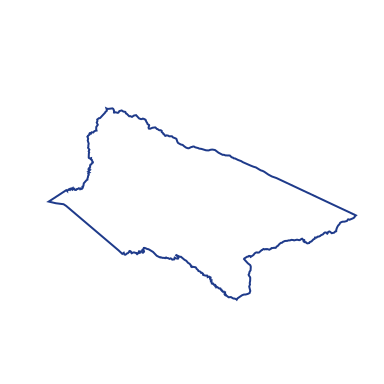 Mutatá, Antioquia, Colombia, rotated 328°
{"feature_id": "7082276B10402397965480", "entity_name": "Mutatá", "entity_type": "district", "adm_level": 2, "iso_a3": "COL", "parent_name": "Colombia", "parent_adm1": "Antioquia", "projection": "mercator", "projection_center": [-76.456, 7.344], "detail": "fine", "context": "isolated", "style": "outline", "palette": "blue", "viewbox_px": 384, "rotation_deg": 328, "n_neighbors": 0, "source": "geoboundaries", "source_scale": "gbopen_adm2", "svg_char_len": 6055}
<svg xmlns="http://www.w3.org/2000/svg" viewBox="0 0 384 384"><g transform="rotate(328 192 192)"><path d="M86.3,123.8L65.4,124.2L70.6,129.4L76.6,134.3L77.9,137.1L98.8,202.6L100.1,207.5L101.9,207.4L101.6,208.5L101.6,209.2L102.1,209.8L103.0,209.9L103.9,209.6L105.2,209.9L106.2,209.6L106.9,209.6L107.4,209.0L107.9,209.0L108.3,209.4L108.6,210.2L108.3,211.5L108.4,212.0L110.0,212.1L111.3,212.9L111.6,213.5L112.8,214.5L112.4,215.2L112.5,215.6L113.8,215.4L115.7,215.9L115.8,215.7L115.3,215.3L115.2,214.6L115.3,214.4L115.7,214.2L116.5,215.2L117.8,215.4L117.8,217.0L118.2,217.5L119.7,217.2L120.1,216.0L119.6,215.2L119.6,214.7L120.6,214.7L121.5,213.9L121.8,214.0L122.7,214.9L123.8,216.6L124.8,217.5L125.5,218.8L127.2,222.2L128.3,227.4L130.0,230.2L130.7,230.9L130.9,230.8L132.2,232.3L133.4,233.0L134.2,233.9L135.3,233.8L135.7,234.7L136.6,235.3L137.5,236.8L138.8,237.0L139.3,238.2L139.4,238.9L141.2,239.7L142.5,238.5L143.3,239.8L144.6,241.0L145.0,241.1L145.7,240.4L145.8,239.7L145.6,238.7L145.1,237.6L145.0,237.3L145.3,237.2L147.3,240.4L148.3,241.1L149.7,245.5L150.7,247.3L151.1,250.0L152.0,251.7L152.0,252.7L152.2,253.4L152.3,254.5L151.8,254.7L151.8,255.2L152.2,255.7L153.1,255.9L155.1,257.7L155.3,258.2L155.2,259.6L155.7,261.3L155.6,262.4L156.6,263.6L157.0,264.8L156.9,265.5L157.6,265.8L158.0,267.0L158.0,267.6L157.5,268.0L157.5,268.3L159.3,270.2L160.5,270.8L160.6,271.5L160.2,272.5L161.7,272.9L162.5,274.3L162.4,274.5L161.5,274.8L161.3,275.2L161.6,275.8L161.2,276.6L161.8,277.2L160.6,278.0L161.0,278.7L160.3,280.1L160.7,280.7L161.4,280.9L161.5,282.5L162.4,283.0L162.5,284.4L161.9,284.6L162.4,285.3L162.1,285.7L163.2,286.2L163.7,287.9L164.9,288.8L164.7,289.5L165.2,290.3L164.8,290.8L165.2,291.5L165.0,291.8L165.4,293.1L166.2,293.3L166.3,294.2L166.9,294.6L166.5,295.2L166.1,295.0L165.4,296.0L165.5,296.4L166.1,296.9L165.6,297.3L165.7,297.5L166.3,298.1L167.3,300.7L169.3,301.7L170.6,304.2L171.6,304.9L172.8,306.5L172.9,307.0L174.3,306.3L179.9,306.1L181.7,306.5L183.0,307.3L185.3,308.0L187.3,308.2L189.0,306.8L190.4,302.5L192.2,301.1L192.7,299.8L194.2,298.2L195.8,295.8L196.1,295.1L196.0,292.8L196.2,292.1L197.3,291.5L198.3,290.3L200.2,289.4L202.2,286.6L202.5,285.7L202.6,284.8L201.6,282.1L200.8,277.8L200.6,276.4L201.1,276.1L204.5,276.1L205.3,276.5L206.4,276.4L207.3,277.0L207.3,278.1L210.7,278.0L212.5,277.3L213.9,277.2L215.1,277.6L215.5,278.2L216.7,278.8L220.4,278.2L220.9,278.4L221.7,278.2L222.6,278.3L223.2,279.2L224.6,279.6L224.9,280.1L225.6,280.3L227.0,281.9L228.9,282.0L229.7,281.7L230.9,282.4L232.2,282.8L232.7,283.4L233.5,283.7L234.9,283.1L236.1,283.2L238.4,282.5L239.8,282.3L240.6,282.3L240.8,282.5L241.5,282.7L242.9,282.5L244.9,282.8L246.9,283.9L248.2,284.2L249.3,284.9L251.0,285.3L252.4,286.4L252.9,287.1L255.8,288.1L257.3,289.6L257.8,289.9L260.2,289.8L260.6,290.0L260.5,290.4L261.1,291.4L260.7,292.4L261.6,292.5L261.3,293.3L260.8,293.5L260.7,293.9L261.2,294.5L261.9,294.8L262.2,296.1L262.6,296.7L264.4,297.4L265.2,296.9L267.2,297.2L269.9,296.5L271.1,296.7L272.2,295.8L273.4,296.7L274.8,296.4L275.9,297.0L277.4,297.2L278.4,297.0L280.7,297.3L282.2,296.8L283.4,296.8L284.2,297.4L284.6,299.0L285.1,298.9L285.8,298.3L286.3,298.1L287.5,298.2L287.9,298.7L288.7,301.0L291.0,301.8L292.4,301.4L293.0,301.7L293.6,301.6L294.1,300.7L294.6,300.4L295.1,299.8L297.0,298.5L298.4,297.8L299.7,297.6L301.2,296.7L301.8,296.6L303.8,296.9L305.5,297.9L307.8,298.6L308.3,298.6L309.7,297.9L310.2,298.1L310.9,299.0L314.4,299.6L316.1,299.6L317.4,298.9L318.6,298.7L271.0,224.9L268.0,221.2L266.0,217.7L264.0,213.1L262.9,211.3L262.1,210.5L261.2,209.0L259.2,205.0L257.5,203.1L255.8,200.8L250.9,193.6L250.1,191.9L248.0,189.2L246.3,186.4L245.2,185.5L244.9,184.5L244.0,183.5L243.4,181.1L239.8,178.7L238.8,177.4L237.6,176.6L235.3,172.7L233.8,168.7L232.9,167.8L231.6,166.7L229.8,165.9L228.2,165.6L226.0,164.1L222.8,160.4L221.1,159.0L220.5,158.0L218.4,155.8L217.7,154.4L216.7,153.9L215.9,153.8L215.3,153.5L212.4,153.2L211.5,152.5L210.5,151.2L209.6,149.1L209.0,147.1L207.7,145.8L206.2,143.1L206.2,141.6L206.9,138.8L206.6,138.0L204.8,135.6L204.5,134.1L202.2,132.7L201.6,131.5L200.8,130.8L200.5,130.5L199.3,130.4L198.9,129.9L199.0,128.4L198.5,127.9L198.6,126.7L198.1,125.1L198.7,124.1L198.2,123.0L197.3,122.6L196.8,122.0L196.1,120.3L195.6,119.9L195.2,117.9L194.8,117.6L192.6,116.6L189.9,116.1L189.0,115.3L189.3,114.3L191.0,112.8L191.1,112.5L190.3,110.9L190.6,109.4L190.5,108.1L190.9,106.4L190.8,105.8L190.2,105.3L190.1,104.7L189.2,103.7L188.1,103.6L187.2,103.0L186.1,101.5L185.3,97.2L183.3,96.4L180.9,96.5L179.9,95.0L178.9,94.5L178.1,91.1L177.6,90.3L177.9,89.0L177.8,88.6L176.4,87.4L175.6,85.6L173.3,84.9L171.9,85.6L171.1,85.6L169.3,83.8L168.0,83.4L168.0,83.1L168.8,82.1L169.2,80.5L169.2,79.6L168.8,78.9L165.1,77.2L164.0,76.3L163.7,75.8L163.2,77.5L162.5,78.1L161.2,78.1L160.6,78.6L153.5,80.5L152.9,80.5L152.2,80.1L150.0,80.3L149.4,81.7L148.0,82.6L147.7,85.1L145.3,86.1L144.0,88.0L143.6,89.3L142.6,88.9L141.4,88.7L139.8,89.2L138.6,88.2L138.1,88.3L137.2,89.0L137.0,88.9L137.0,88.1L136.5,87.9L135.9,88.2L135.4,89.0L133.5,89.2L133.2,89.6L132.6,89.7L132.3,91.5L131.7,92.3L130.9,93.0L130.0,96.3L128.9,97.4L128.1,98.7L127.3,99.4L127.4,101.7L125.9,102.8L125.8,103.9L125.0,104.6L122.7,108.0L122.6,108.4L122.9,109.1L123.6,109.6L124.3,109.8L123.6,110.7L124.1,111.5L123.8,112.0L123.8,114.2L123.3,114.6L122.3,114.5L121.3,115.2L120.3,115.0L119.5,115.7L118.8,116.9L117.5,117.2L117.5,118.2L117.3,118.6L116.3,117.9L116.0,118.3L116.1,119.0L116.5,119.3L115.9,119.4L115.2,119.9L114.7,119.9L115.2,121.0L114.6,120.9L114.3,121.4L113.7,121.5L113.6,122.7L112.3,123.4L111.4,124.5L110.5,125.1L109.9,126.1L108.7,126.1L104.8,127.3L103.3,129.1L102.7,129.5L102.0,129.4L101.7,130.5L100.1,131.0L99.7,130.4L98.6,130.4L98.6,130.0L99.0,129.7L98.3,129.3L97.9,128.8L96.6,128.9L96.0,128.5L94.7,128.8L94.0,128.3L93.7,127.9L93.9,127.1L93.3,127.1L93.1,126.9L93.2,125.6L92.4,125.9L92.1,126.4L91.7,126.6L91.6,126.3L92.2,125.7L92.2,125.3L91.5,125.0L90.4,125.3L90.4,124.7L90.1,124.6L89.8,124.7L89.7,125.3L89.5,125.5L88.7,124.5L88.3,124.8L87.5,124.7L86.9,124.3L86.6,124.9L86.3,123.8Z" fill="none" stroke="#1e3a8a" stroke-width="2"/></g></svg>